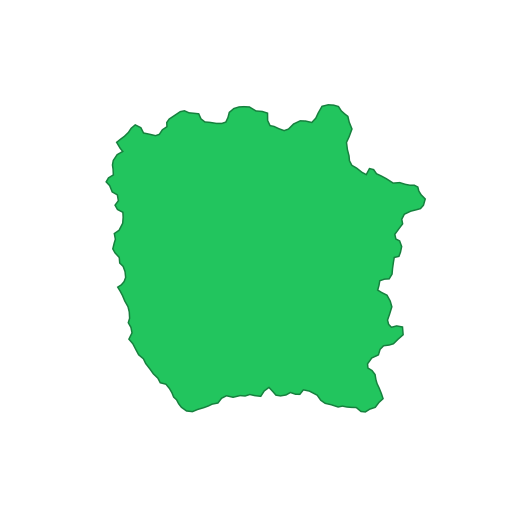 Itaguara, Minas Gerais, Brazil (Albers equal-area conic projection), rotated 23°
{"feature_id": "56859067B20958888091041", "entity_name": "Itaguara", "entity_type": "district", "adm_level": 2, "iso_a3": "BRA", "parent_name": "Brazil", "parent_adm1": "Minas Gerais", "projection": "albers", "projection_center": [-44.527, -20.371], "detail": "fine", "context": "isolated", "style": "filled", "palette": "green", "viewbox_px": 512, "rotation_deg": 23, "n_neighbors": 0, "source": "geoboundaries", "source_scale": "gbopen_adm2", "svg_char_len": 2891}
<svg xmlns="http://www.w3.org/2000/svg" viewBox="0 0 512 512"><g transform="rotate(23 256 256)"><path d="M83.3,205.8L89.0,210.0L92.5,211.8L88.6,216.9L87.3,223.8L88.3,228.3L90.5,231.9L93.0,237.1L89.7,241.7L89.1,246.3L93.8,248.4L98.6,253.2L104.5,253.9L107.7,258.9L106.4,264.3L110.3,267.3L116.4,267.8L118.6,272.3L120.5,277.9L119.9,285.8L116.8,290.7L120.0,295.5L120.5,299.9L121.4,305.4L125.0,308.2L130.7,310.8L133.3,315.7L137.8,317.5L141.6,321.6L144.4,326.7L144.6,331.0L143.3,335.2L140.9,338.7L144.8,341.5L148.5,344.5L152.8,348.7L158.0,352.7L161.2,357.0L164.0,362.7L164.5,367.3L168.8,370.6L171.9,375.2L171.5,382.2L176.9,384.9L182.0,389.1L186.6,392.8L192.5,394.6L196.5,398.1L202.6,401.5L207.6,404.6L213.4,406.8L217.4,410.1L223.2,409.2L228.3,411.9L232.1,414.8L235.3,418.0L239.1,419.4L242.5,422.2L246.4,424.4L252.6,425.8L258.3,424.1L262.2,420.1L267.3,415.9L270.8,412.6L273.5,409.5L278.4,406.2L279.9,400.4L283.4,396.2L290.1,395.0L295.9,390.7L300.7,389.1L304.4,385.9L309.4,385.0L315.2,383.3L316.3,377.0L319.3,371.9L324.7,374.3L328.7,376.3L333.2,375.2L337.9,372.2L341.0,368.2L346.4,367.8L350.4,366.2L351.9,360.7L357.9,359.5L366.7,360.2L372.0,363.5L377.2,364.6L383.4,363.5L390.6,362.9L394.2,360.4L398.6,359.5L402.9,358.1L407.5,356.3L413.4,358.1L417.6,356.8L420.5,352.6L424.9,348.7L426.4,342.7L428.7,337.7L425.2,333.7L420.9,329.4L417.3,326.2L414.7,323.0L411.9,318.6L407.5,316.1L402.8,315.4L400.8,311.7L402.4,304.6L407.3,299.2L406.7,293.4L408.5,288.8L413.4,285.9L416.8,283.1L419.3,277.0L422.2,271.0L418.6,264.1L412.8,265.4L408.5,268.7L404.8,267.1L402.1,263.6L401.7,257.6L400.9,249.7L397.2,245.1L391.9,240.9L385.7,240.5L381.3,239.8L380.7,235.1L379.6,230.4L383.3,227.1L387.5,225.0L388.3,219.5L386.5,213.9L384.9,207.9L383.8,203.3L387.7,200.5L387.5,196.1L386.4,190.4L382.3,186.0L378.1,185.7L375.3,181.8L377.0,174.6L378.4,169.1L375.8,165.2L376.2,159.6L380.9,154.3L385.5,150.8L388.9,148.1L390.3,143.8L389.5,137.4L384.0,135.1L380.5,132.6L378.0,129.3L374.0,129.0L370.1,130.7L365.4,131.7L359.6,132.3L353.8,135.3L345.6,133.9L340.0,133.4L334.8,133.2L330.5,130.5L326.3,131.2L325.7,138.0L320.9,137.6L314.4,135.8L308.8,135.1L304.8,131.8L302.5,127.5L298.6,122.4L294.9,116.1L295.1,109.9L294.7,101.6L289.5,96.4L286.0,91.6L281.9,90.5L277.8,89.1L273.5,86.2L268.5,86.8L263.4,88.6L258.3,92.4L257.4,100.1L257.2,105.7L255.2,111.3L248.9,112.4L243.9,114.3L239.0,119.8L236.3,126.5L232.9,129.6L227.5,129.9L222.0,129.7L218.0,130.5L213.8,126.8L210.8,120.0L205.3,120.5L199.3,122.5L191.7,121.4L186.5,123.3L182.2,125.4L178.0,128.9L175.3,134.2L176.1,139.5L175.9,144.5L172.8,147.3L167.9,149.4L161.4,151.0L156.6,152.6L151.8,151.3L147.7,147.5L143.4,148.8L138.3,150.4L133.4,150.3L129.9,152.7L126.3,158.2L122.6,163.8L121.7,168.0L123.5,171.8L120.5,176.4L119.5,181.8L116.5,184.5L111.1,185.4L104.4,186.7L99.9,182.9L93.6,182.5L91.2,187.2L90.3,192.0L88.1,197.3L85.9,201.0L83.3,205.8Z" fill="#22c55e" stroke="#15803d" stroke-width="1.5"/></g></svg>